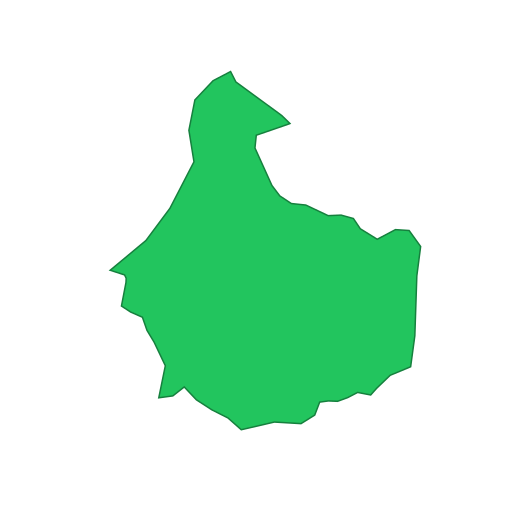 Cimişlia, Equal Earth projection, rotated 243°
{"feature_id": "MDA-1633", "entity_name": "Cimişlia", "entity_type": "District", "adm_level": 1, "iso_a3": "MDA", "parent_name": "Moldova", "parent_adm1": "", "projection": "equal_earth", "projection_center": [28.851, 46.62], "detail": "fine", "context": "isolated", "style": "filled", "palette": "green", "viewbox_px": 512, "rotation_deg": 243, "n_neighbors": 0, "source": "natural_earth", "source_scale": "10m", "svg_char_len": 867}
<svg xmlns="http://www.w3.org/2000/svg" viewBox="0 0 512 512"><g transform="rotate(243 256 256)"><path d="M431.9,317.1L420.2,317.1L369.5,342.7L358.6,346.4L358.6,346.1L360.7,330.9L363.5,311.1L352.7,304.1L311.6,302.2L298.7,304.5L286.7,311.3L278.8,323.5L259.2,338.6L253.8,350.4L245.2,359.8L232.9,361.3L215.9,371.6L216.2,392.2L209.2,404.0L189.7,407.0L165.3,390.3L112.8,361.3L87.1,343.5L88.8,321.4L83.3,303.3L80.1,295.1L88.3,284.6L88.2,273.4L89.5,262.7L94.0,254.7L96.9,246.4L87.6,236.1L86.2,220.0L99.7,197.0L107.9,164.0L124.4,157.5L139.0,146.8L154.9,137.6L171.9,132.6L169.1,118.4L173.8,105.0L199.4,125.4L225.5,126.1L239.2,125.1L253.0,127.0L262.9,118.9L272.5,113.4L291.4,128.1L295.1,130.2L298.8,130.3L309.5,119.6L319.8,165.0L337.6,201.0L368.1,243.5L398.5,253.3L422.8,272.4L431.7,297.4L431.9,316.9L431.9,317.1Z" fill="#22c55e" stroke="#15803d" stroke-width="1.5"/></g></svg>